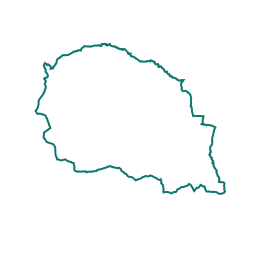 Bone Bolango, Gorontalo, Indonesia (Robinson projection), rotated 162°
{"feature_id": "22746128B41707288718561", "entity_name": "Bone Bolango", "entity_type": "district", "adm_level": 2, "iso_a3": "IDN", "parent_name": "Indonesia", "parent_adm1": "Gorontalo", "projection": "robinson", "projection_center": [123.251, 0.556], "detail": "fine", "context": "isolated", "style": "outline", "palette": "teal", "viewbox_px": 256, "rotation_deg": 162, "n_neighbors": 0, "source": "geoboundaries", "source_scale": "gbopen_adm2", "svg_char_len": 5769}
<svg xmlns="http://www.w3.org/2000/svg" viewBox="0 0 256 256"><g transform="rotate(162 128 128)"><path d="M205.2,120.4L204.8,119.8L203.7,119.6L202.5,118.3L201.1,117.7L197.4,117.6L195.5,115.1L194.4,114.5L193.9,113.9L192.5,113.2L192.0,112.2L190.5,111.4L190.9,109.4L190.9,107.6L191.7,106.2L191.9,104.9L191.5,103.5L190.7,103.0L189.9,102.2L189.1,101.9L188.2,101.9L186.9,101.1L185.7,101.0L184.8,100.6L182.3,100.2L181.9,99.9L181.2,98.7L179.9,98.9L175.4,97.5L172.5,97.2L171.5,96.8L169.6,97.6L165.6,97.1L162.9,97.3L161.8,97.0L159.7,97.4L158.6,97.2L157.0,97.4L155.6,96.4L154.6,95.4L153.5,95.1L152.8,94.4L151.5,93.7L150.7,93.1L150.3,92.9L149.0,93.1L147.4,91.0L147.5,89.4L147.3,88.8L145.6,87.2L145.4,86.1L144.6,85.5L143.6,84.4L143.4,82.8L142.4,81.4L139.9,80.3L139.0,79.5L137.5,77.1L137.0,75.9L136.6,75.8L135.3,76.1L130.6,76.1L129.0,76.9L127.7,76.6L126.4,76.9L125.5,76.7L124.0,75.7L122.7,75.7L121.7,76.1L121.3,76.0L120.5,75.2L119.5,74.6L119.0,73.7L117.0,72.0L116.0,70.7L114.3,68.9L113.6,68.8L112.7,69.1L112.7,67.3L113.4,65.6L113.4,65.0L112.4,63.2L112.4,62.7L112.8,61.3L112.9,59.1L113.9,57.1L114.1,55.7L113.0,55.8L110.4,55.0L108.3,53.7L107.0,52.4L106.3,52.4L104.8,53.0L102.1,52.4L101.4,52.8L99.9,54.4L97.7,54.6L95.2,55.3L93.6,54.7L91.1,54.9L89.5,54.7L87.2,55.9L86.7,55.5L85.7,53.9L85.5,52.4L85.1,51.4L84.8,48.1L84.5,47.5L82.0,49.4L81.0,49.8L79.5,49.5L78.0,50.2L76.7,51.4L76.2,51.5L76.0,51.3L75.1,49.5L74.6,49.2L73.4,48.9L73.4,45.8L73.1,43.7L72.7,43.2L70.9,42.7L69.2,41.9L68.6,41.4L66.5,41.0L66.0,40.5L64.9,40.3L63.3,39.4L62.3,37.6L61.3,37.3L60.3,36.7L56.9,36.6L55.4,37.6L55.4,40.2L54.7,41.6L54.5,43.5L53.8,44.4L53.4,45.9L54.2,47.0L55.2,47.3L56.3,47.9L57.0,47.9L58.1,48.6L57.4,49.2L57.6,49.8L57.3,50.3L57.3,51.0L56.7,52.0L57.1,54.4L57.6,55.0L57.4,57.0L57.6,58.0L57.6,58.7L56.7,60.0L57.0,60.4L57.7,62.8L58.1,63.4L57.9,64.4L58.3,65.1L58.1,66.7L57.6,67.4L57.9,67.9L58.4,68.2L58.4,68.8L57.5,68.8L57.4,69.1L57.7,69.6L57.3,70.6L57.7,71.0L58.2,72.6L57.5,73.3L57.3,73.7L58.0,74.5L58.6,75.5L58.9,77.2L58.1,77.3L58.2,77.9L57.9,78.1L57.7,79.0L56.5,79.7L56.8,81.3L56.5,81.9L55.7,84.4L55.3,85.0L53.8,85.8L52.9,86.8L52.2,88.5L51.5,91.3L50.8,92.7L49.1,95.2L48.1,97.2L47.2,98.4L46.7,99.5L44.7,101.6L47.7,104.5L51.4,106.4L52.5,106.2L54.0,107.8L55.1,107.8L56.8,108.9L56.6,109.0L55.9,108.8L55.4,109.3L55.2,110.4L54.7,111.7L54.6,112.7L53.7,113.7L52.6,115.9L53.8,116.2L56.4,117.4L57.1,117.5L60.2,118.7L62.3,119.1L62.0,124.3L61.4,126.1L61.2,128.5L61.3,128.5L61.3,128.9L61.7,129.1L61.7,129.3L60.3,132.0L59.6,135.0L58.7,136.8L58.5,140.1L59.4,142.7L59.9,143.4L60.2,143.3L61.2,145.2L62.1,145.7L64.1,145.9L65.2,147.4L64.7,148.9L64.3,151.0L64.3,152.6L63.9,153.8L63.4,154.4L60.9,155.9L61.0,156.4L60.8,156.5L61.2,156.6L61.3,156.4L61.5,156.4L61.5,156.7L61.3,156.7L61.5,156.8L61.5,156.6L62.3,156.5L63.5,156.9L63.8,157.3L64.7,157.2L65.1,157.4L65.6,158.4L66.6,159.0L67.0,160.0L66.9,160.1L67.3,160.6L69.3,161.8L69.7,162.5L70.4,162.4L70.7,163.1L70.6,163.7L71.4,164.4L72.2,164.5L72.1,166.2L72.4,166.7L73.1,166.8L73.7,167.9L73.7,168.5L73.4,169.2L73.8,169.8L75.0,169.7L75.5,170.1L75.7,170.9L75.6,172.5L76.1,173.0L76.7,174.0L77.2,174.5L77.1,175.2L77.5,176.1L78.4,176.8L78.9,176.4L79.1,176.7L80.0,176.6L80.2,176.8L80.3,177.4L79.6,178.3L79.6,179.4L79.8,179.6L80.7,179.6L82.1,180.1L82.4,180.7L82.1,181.0L82.1,182.1L82.5,182.7L83.2,182.7L83.4,183.7L84.3,184.3L85.2,185.3L86.0,185.1L86.2,184.8L86.3,185.1L87.8,185.2L88.4,185.6L89.6,185.7L90.1,185.4L93.4,186.5L94.6,187.4L95.7,187.3L98.2,190.8L98.4,191.3L98.9,191.4L99.3,191.8L100.0,193.3L100.5,193.8L101.0,193.9L101.3,194.4L102.9,195.3L103.0,196.8L102.9,197.4L102.6,197.8L103.3,198.0L103.6,198.4L104.1,198.0L104.6,198.4L104.4,198.5L104.6,198.5L104.8,199.2L104.6,199.5L104.8,200.0L105.5,201.3L105.7,202.0L106.2,202.9L106.6,203.9L108.1,204.5L108.4,204.0L108.8,203.8L109.2,204.1L109.3,205.0L110.9,205.3L112.1,206.3L112.6,206.4L113.0,207.0L112.9,207.6L113.2,207.8L113.6,207.7L114.1,207.9L114.8,208.8L114.9,209.4L115.9,209.5L116.4,210.2L117.4,210.4L118.9,211.7L119.3,212.4L119.3,213.5L121.0,212.9L121.5,213.1L121.6,213.3L122.3,212.9L122.8,213.1L123.2,213.6L123.3,214.1L122.9,214.6L123.0,214.8L123.7,214.8L124.6,215.4L125.2,215.4L125.4,215.2L125.8,215.6L127.2,215.9L127.5,215.7L127.6,214.9L127.8,214.5L128.4,214.2L129.8,215.1L130.1,215.8L130.7,215.7L131.4,216.0L132.4,216.0L134.4,216.8L135.9,216.7L137.5,217.0L138.4,216.8L139.3,217.5L139.9,217.7L140.8,217.7L142.0,218.5L143.9,218.9L144.4,219.4L146.4,218.3L147.5,218.1L148.5,217.1L148.8,216.3L149.6,216.9L151.6,217.2L151.8,216.9L152.0,216.8L152.8,217.2L153.5,217.0L154.1,217.2L155.2,217.0L156.1,217.5L156.6,217.0L158.4,216.8L159.2,216.5L162.0,216.0L165.4,216.6L167.2,217.4L170.4,216.4L171.3,215.8L173.1,215.7L174.5,214.7L176.3,211.6L178.4,210.2L179.2,209.4L180.2,209.2L180.4,208.3L180.9,207.9L181.6,208.0L182.2,208.7L183.0,208.1L183.3,208.2L182.6,209.3L182.7,210.9L183.8,212.4L184.2,212.5L184.4,213.3L184.8,213.3L185.1,213.0L185.5,213.0L185.1,213.6L185.6,213.8L187.0,215.5L188.7,213.7L188.9,212.4L188.6,211.4L188.6,210.0L188.2,208.4L189.1,207.1L188.0,204.5L188.1,202.0L189.5,201.1L190.7,201.1L191.4,201.3L192.4,200.9L192.5,200.3L191.9,199.2L191.7,197.6L192.8,196.6L193.4,195.7L193.5,195.2L193.3,193.5L193.7,191.6L194.4,191.0L196.4,188.2L197.2,187.9L197.2,187.4L198.0,186.4L202.0,183.7L204.1,182.0L204.7,181.2L205.7,178.3L207.3,175.6L207.9,174.8L210.6,172.8L210.2,170.7L209.7,169.4L208.8,169.4L207.1,168.6L206.6,168.5L204.4,166.7L203.6,166.4L202.8,165.5L202.4,164.2L202.4,162.4L202.0,162.0L202.0,161.3L202.3,160.5L202.1,159.6L202.0,156.1L202.2,155.5L201.8,153.8L201.8,152.0L209.0,149.7L209.4,149.3L211.3,144.6L210.9,144.2L210.5,143.3L209.7,140.1L209.3,139.8L208.7,139.0L204.3,135.9L203.4,133.5L203.3,132.1L203.7,130.1L204.5,127.9L205.2,124.6L205.2,123.2L204.9,121.8L205.2,120.4Z" fill="none" stroke="#0f766e" stroke-width="2"/></g></svg>